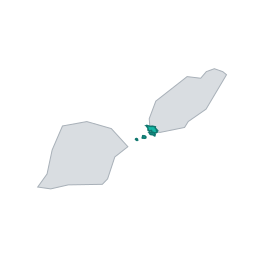 Aiga i le Tai, A'ana, Samoa (highlighted), rotated 301°
{"feature_id": "51752279B95310114006848", "entity_name": "Aiga i le Tai", "entity_type": "district", "adm_level": 2, "iso_a3": "WSM", "parent_name": "Samoa", "parent_adm1": "A'ana", "projection": "equal_earth", "projection_center": [-172.087, -13.857], "detail": "fine", "context": "in_parent", "style": "filled", "palette": "teal", "viewbox_px": 256, "rotation_deg": 301, "n_neighbors": 0, "source": "geoboundaries", "source_scale": "gbopen_adm2", "svg_char_len": 3220}
<svg xmlns="http://www.w3.org/2000/svg" viewBox="0 0 256 256"><g transform="rotate(301 128 128)"><path d="M96.0,70.8L112.3,89.4L118.9,114.0L111.9,137.5L96.4,131.6L73.9,136.7L66.5,135.0L48.5,106.1L36.0,93.1L30.9,81.0L46.9,82.3L70.1,74.3L96.0,70.8ZM224.4,185.0L184.4,185.2L164.6,176.3L157.6,176.2L140.6,157.6L138.0,147.8L146.9,141.4L165.4,138.0L202.5,152.2L208.1,164.7L216.7,166.1L223.3,171.5L225.1,180.3L224.4,185.0Z" fill="#d9dde1" stroke="#a8b0b8" stroke-width="1"/><path d="M137.3,153.0L137.9,153.8L138.0,154.0L138.3,154.4L139.0,154.9L139.8,155.2L140.3,153.8L140.6,153.9L140.8,154.1L141.1,154.2L141.2,154.3L141.3,153.7L142.1,151.3L142.8,150.9L143.1,150.8L142.0,147.7L141.7,147.7L141.1,146.6L140.9,146.2L140.7,145.6L140.5,144.9L140.1,143.8L139.7,142.8L139.8,142.7L139.6,142.6L139.4,142.5L139.3,142.4L139.3,142.5L139.2,142.7L139.2,142.8L139.1,143.1L138.9,143.3L138.9,143.5L138.7,143.8L138.6,144.0L138.6,144.3L138.6,144.5L138.2,145.0L137.9,145.3L137.7,145.5L137.0,145.9L137.0,146.0L136.9,146.0L136.7,146.1L136.7,146.3L136.5,146.5L136.4,146.5L136.3,146.8L136.2,146.9L136.2,147.0L136.3,147.3L136.5,147.6L136.7,147.8L136.8,147.9L136.8,148.0L137.1,148.5L137.4,148.7L137.5,148.9L137.6,149.1L137.8,149.2L138.0,149.4L137.8,149.7L137.6,149.8L137.4,150.0L137.2,150.3L136.9,150.6L136.6,150.7L136.7,150.8L137.0,151.3L137.4,151.9L137.4,152.4L137.4,152.9L137.3,153.0ZM135.4,148.6L135.2,148.6L135.2,148.8L135.1,148.7L135.1,148.8L134.9,148.9L134.9,149.0L134.7,149.1L134.5,149.3L134.4,149.4L134.3,149.5L134.2,149.5L134.1,149.8L134.2,150.0L134.2,150.3L134.2,150.5L134.1,150.8L134.2,151.0L134.2,151.3L134.3,151.4L134.5,151.6L134.7,151.9L134.7,152.0L134.8,152.5L134.9,152.8L135.0,152.9L135.0,153.0L135.1,153.5L135.1,153.8L135.0,154.0L135.0,154.3L134.9,154.5L135.0,154.6L134.9,154.8L135.0,154.9L135.5,154.1L135.8,154.4L136.1,154.8L136.3,154.7L136.5,154.6L136.8,154.0L137.0,153.7L137.2,153.3L137.3,153.0L137.0,152.6L136.9,152.4L136.5,151.7L136.2,151.3L136.1,151.1L136.2,150.8L136.1,150.4L136.0,150.1L135.8,149.5L135.7,149.2L135.6,148.8L135.4,148.6ZM128.9,144.6L128.7,144.7L128.6,144.8L128.4,144.8L128.2,144.9L128.1,145.0L127.8,145.0L127.7,145.0L127.4,145.2L127.3,145.3L127.3,145.2L127.2,145.2L127.2,145.3L126.8,145.4L126.7,145.5L126.8,145.7L126.9,145.8L127.0,145.7L127.2,145.8L127.3,145.9L127.4,146.0L127.5,146.2L127.5,146.4L127.5,146.5L127.5,146.8L127.5,147.0L127.7,147.4L127.7,147.5L127.8,147.6L128.0,147.6L128.1,147.8L128.3,147.9L128.3,148.0L128.5,148.0L128.8,148.1L128.8,148.3L129.0,148.3L129.2,148.5L129.3,148.7L129.3,148.4L129.3,148.2L129.5,147.9L129.6,147.7L129.8,147.5L129.8,147.4L129.8,147.2L129.8,146.9L129.9,146.7L129.9,146.4L129.8,146.2L129.7,146.1L129.6,145.9L129.4,145.5L129.3,145.4L129.1,145.1L129.2,144.9L129.0,144.6L128.9,144.6L128.9,144.6ZM122.9,140.3L122.8,140.2L122.7,140.2L122.6,140.3L122.6,140.5L122.4,140.4L122.2,140.3L122.1,140.5L122.0,140.8L122.0,141.0L121.9,141.2L121.9,141.4L121.9,141.5L121.9,141.8L122.0,141.9L122.0,142.0L122.3,142.2L122.3,142.3L122.5,142.3L122.8,142.3L123.0,142.1L123.1,141.9L123.1,142.0L123.2,141.9L123.2,141.7L123.3,141.6L123.2,141.5L123.3,141.5L123.3,141.4L123.4,141.2L123.3,140.9L123.3,140.7L123.2,140.7L123.1,140.4L122.9,140.3Z" fill="#14b8a6" stroke="#0f766e" stroke-width="1.5"/></g></svg>